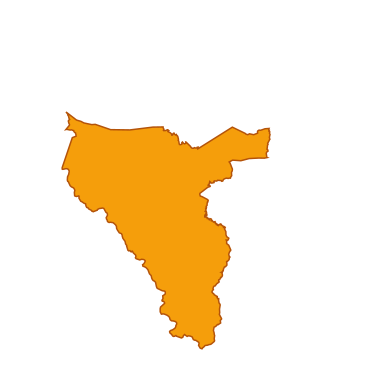 Guemon, Dix-Huit Montagnes, Ivory Coast (Albers equal-area conic projection), rotated 146°
{"feature_id": "98640826B22329502030217", "entity_name": "Guemon", "entity_type": "district", "adm_level": 2, "iso_a3": "CIV", "parent_name": "Ivory Coast", "parent_adm1": "Dix-Huit Montagnes", "projection": "albers", "projection_center": [-7.319, 7.029], "detail": "fine", "context": "isolated", "style": "filled", "palette": "amber", "viewbox_px": 384, "rotation_deg": 146, "n_neighbors": 0, "source": "geoboundaries", "source_scale": "gbopen_adm2", "svg_char_len": 6063}
<svg xmlns="http://www.w3.org/2000/svg" viewBox="0 0 384 384"><g transform="rotate(146 192 192)"><path d="M251.7,328.8L251.5,326.1L252.0,324.9L251.9,324.1L252.8,321.8L252.9,320.5L254.3,320.4L254.9,319.9L255.6,318.0L255.8,316.5L256.3,315.9L261.6,314.3L260.8,314.0L258.4,311.5L257.1,310.9L256.3,309.6L255.7,309.1L256.1,308.1L256.0,307.2L255.5,306.2L255.9,305.5L256.0,304.7L256.9,303.1L260.8,304.0L286.1,284.7L286.8,283.5L286.4,283.0L283.6,281.9L282.6,281.2L282.0,280.3L281.9,278.5L282.4,277.6L284.4,275.6L286.7,274.2L288.7,271.6L289.1,270.4L288.8,269.8L289.5,265.4L289.1,263.7L287.9,261.6L287.9,260.5L288.2,258.9L289.8,257.4L291.4,254.5L291.2,253.9L290.3,252.9L288.1,252.1L288.0,251.7L289.2,250.0L289.4,246.6L288.6,245.2L287.7,242.8L286.8,241.8L287.7,239.7L287.9,238.1L287.1,237.1L287.1,235.7L285.7,233.1L285.7,232.0L285.1,231.6L285.0,230.9L280.7,229.9L280.1,230.3L278.3,230.2L275.1,228.7L274.3,227.7L274.7,223.3L274.2,222.0L274.5,220.9L275.2,219.9L277.5,218.7L278.0,217.4L278.0,216.1L278.4,215.4L278.5,214.5L277.8,213.1L276.6,212.6L274.5,210.6L273.7,207.4L273.9,205.7L274.9,203.9L275.1,202.0L275.1,198.8L273.8,196.9L274.0,195.4L274.6,194.2L275.2,192.2L275.1,188.4L276.1,186.1L276.0,184.2L276.4,183.8L277.7,179.6L277.4,178.6L276.2,178.1L276.2,177.0L275.9,176.4L275.6,176.2L274.7,176.5L274.5,176.3L274.7,174.3L274.0,171.2L274.7,169.7L275.7,169.1L275.6,167.9L273.3,164.9L271.4,164.4L270.3,163.5L269.6,162.7L269.2,161.4L269.6,160.7L271.4,159.7L272.6,159.3L273.6,159.4L274.2,158.0L274.0,157.5L273.4,157.1L272.3,154.7L272.0,152.2L273.0,148.0L272.6,145.5L273.5,143.3L273.8,141.7L273.7,140.3L273.0,139.1L272.7,137.6L274.4,133.4L274.7,132.1L274.6,131.4L271.9,126.8L270.1,125.1L270.0,124.2L270.9,122.8L271.7,122.3L274.3,122.3L275.7,119.8L277.4,119.1L277.7,118.4L277.4,117.8L276.9,117.6L276.5,116.0L277.0,115.0L282.4,114.2L283.7,113.0L285.4,110.4L285.7,108.0L285.4,107.6L284.6,107.4L283.4,106.5L281.7,104.0L280.9,102.0L280.8,100.7L281.5,98.4L281.2,97.1L280.7,96.3L279.8,95.8L278.1,93.7L277.9,92.2L278.5,91.1L279.9,90.4L280.9,89.3L282.4,88.6L285.1,88.6L287.0,89.1L288.4,89.0L288.8,88.6L289.1,87.3L288.6,85.7L288.5,83.3L288.2,82.7L287.1,82.1L285.6,82.0L285.4,81.0L282.4,76.9L280.9,76.7L279.6,77.6L277.9,78.0L276.8,75.0L275.4,74.8L273.9,73.4L272.9,71.7L273.4,68.9L272.7,67.7L271.8,66.9L270.5,63.7L270.8,62.5L272.3,61.2L272.4,60.2L272.5,57.9L271.4,56.4L270.1,56.9L269.0,56.9L267.0,57.4L264.5,56.2L263.5,56.1L262.1,55.4L261.0,55.2L257.4,55.6L256.5,56.0L255.6,58.0L253.5,60.3L253.1,61.7L252.5,62.7L251.7,65.2L249.3,67.6L247.5,67.3L245.0,67.9L244.7,67.4L241.5,67.4L240.4,69.7L238.6,70.1L238.3,70.5L237.8,75.2L236.5,76.5L234.7,79.5L231.8,82.6L231.5,83.6L231.7,84.1L231.5,85.2L230.3,87.8L229.6,88.3L229.5,88.7L230.2,88.8L230.3,90.1L229.5,91.2L230.1,91.5L230.1,92.7L231.0,94.2L230.9,95.5L231.3,96.4L231.4,98.0L231.1,98.2L229.9,99.0L228.9,99.0L228.6,100.2L227.1,101.4L226.1,101.6L225.4,101.2L222.4,102.2L221.8,102.0L220.7,102.3L219.9,102.2L219.7,102.4L219.6,103.4L219.0,104.2L218.0,103.9L216.7,104.7L216.2,104.7L216.1,105.1L215.8,105.2L215.1,104.9L213.7,105.5L212.9,106.7L212.6,107.8L211.7,108.5L212.3,109.0L211.1,108.9L210.4,109.5L210.1,109.3L208.9,110.6L207.0,111.7L206.0,111.3L203.9,111.9L203.1,113.3L202.8,113.6L202.5,114.7L202.1,115.0L201.3,114.7L199.1,115.2L197.8,116.6L197.3,116.6L196.9,116.9L197.1,117.9L196.3,120.0L193.8,121.7L193.0,121.7L192.3,122.2L191.3,127.3L192.1,129.9L190.5,132.2L190.5,133.0L189.9,132.7L189.5,132.1L188.7,132.1L187.3,133.1L188.2,135.5L187.8,137.5L186.1,140.2L185.7,143.1L184.2,144.1L184.7,145.3L185.3,144.9L185.7,145.0L185.2,146.0L185.9,147.5L185.9,149.2L186.4,149.7L187.1,149.2L187.6,149.8L188.0,149.9L188.9,149.4L189.4,150.0L189.1,151.1L189.4,151.9L189.9,151.7L189.8,152.4L190.0,152.8L189.6,153.7L190.0,153.9L189.6,154.6L191.0,155.1L191.3,157.5L192.1,157.4L192.1,157.6L191.4,158.0L191.1,158.7L192.0,159.9L193.2,159.4L193.3,160.6L194.1,161.4L193.6,161.7L193.9,162.0L193.7,162.6L195.4,164.2L194.4,165.5L193.8,164.6L193.0,164.3L192.5,164.5L192.2,165.2L192.9,165.3L193.0,165.9L192.6,166.3L191.5,166.7L191.1,167.7L191.2,167.9L191.8,168.2L191.9,168.6L190.8,168.8L190.2,170.0L189.7,170.1L189.7,170.9L189.4,170.9L189.2,170.6L188.7,171.0L188.3,172.2L187.1,172.4L185.4,174.6L184.4,174.9L184.4,175.4L183.5,175.7L183.2,176.2L183.4,177.2L186.4,182.8L187.4,183.9L187.0,185.5L186.4,186.3L186.0,186.5L176.2,187.1L174.2,186.5L173.8,186.5L173.6,186.7L173.7,187.5L174.8,188.6L174.2,189.0L173.8,188.8L173.3,189.0L171.4,190.8L171.1,189.8L171.8,189.5L170.6,188.3L168.5,187.5L168.1,187.8L168.0,188.5L167.3,188.7L165.3,187.2L164.2,187.4L161.3,185.1L161.5,184.5L161.3,184.2L160.4,183.9L159.1,184.7L157.9,184.8L156.5,184.5L155.8,184.3L154.4,183.0L153.4,182.7L152.4,182.0L151.3,182.9L150.0,183.3L148.5,185.9L147.7,186.6L146.8,187.0L145.7,188.4L144.3,194.6L144.4,196.1L140.5,195.7L134.0,190.6L126.0,187.8L117.8,182.9L113.1,179.6L110.4,178.5L110.6,178.8L108.8,182.6L107.6,183.3L106.7,183.5L106.1,183.4L105.6,184.6L105.9,185.7L105.2,186.2L103.3,188.5L102.3,189.0L102.1,190.0L99.3,191.5L99.0,191.8L98.0,192.1L97.3,194.0L95.1,196.1L94.9,197.5L93.9,198.3L94.2,199.1L94.2,199.5L93.3,200.0L93.6,200.6L93.4,201.1L92.6,201.6L96.1,203.6L100.6,204.8L101.8,205.8L102.9,205.9L103.7,205.7L104.7,204.1L108.8,205.0L111.8,208.1L113.7,208.3L114.9,209.8L115.1,210.8L122.3,223.2L163.1,224.5L162.9,225.1L161.9,225.8L162.7,226.2L163.1,225.9L163.8,226.0L164.4,226.4L165.3,227.5L166.1,227.3L167.4,228.2L167.9,229.7L167.7,230.5L169.0,236.7L169.2,236.9L169.6,236.0L170.1,235.8L171.4,236.2L171.8,237.1L172.0,238.8L173.0,238.5L173.4,237.5L173.8,237.3L175.5,237.9L175.8,238.8L174.5,241.7L174.6,242.5L173.7,243.3L172.7,246.1L172.7,246.8L173.0,247.2L172.8,248.4L173.7,248.4L173.9,248.7L173.9,249.2L174.2,249.9L173.9,250.8L174.1,251.0L175.0,251.0L176.1,250.2L176.8,250.2L177.0,250.5L176.5,251.5L176.9,253.3L178.2,255.6L177.9,255.9L176.9,255.9L177.2,257.0L177.6,257.4L179.6,257.7L181.2,258.8L181.2,259.2L180.2,259.7L180.0,261.5L179.6,262.1L188.2,267.7L208.8,278.2L224.6,289.2L234.4,302.2L237.4,303.9L243.0,309.7L244.6,312.7L247.5,316.2L251.7,328.8Z" fill="#f59e0b" stroke="#b45309" stroke-width="1.5"/></g></svg>